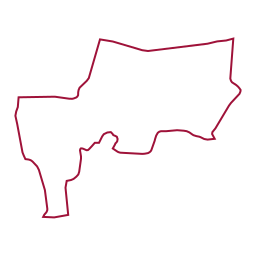 an SVG outline of Bangkok Metropolis
{"feature_id": "THA-416", "entity_name": "Bangkok Metropolis", "entity_type": "Province", "adm_level": 1, "iso_a3": "THA", "parent_name": "Thailand", "parent_adm1": "", "projection": "mercator", "projection_center": [100.599, 13.72], "detail": "fine", "context": "isolated", "style": "outline", "palette": "rose", "viewbox_px": 256, "rotation_deg": 0, "n_neighbors": 0, "source": "natural_earth", "source_scale": "10m", "svg_char_len": 1492}
<svg xmlns="http://www.w3.org/2000/svg" viewBox="0 0 256 256"><path d="M68.2,214.9L54.2,217.4L43.2,216.9L44.3,214.7L45.4,213.4L46.3,212.4L46.8,211.4L47.3,210.1L47.3,208.6L44.9,190.1L38.9,169.9L37.1,166.4L32.6,161.6L31.2,160.5L29.9,159.9L28.5,159.5L25.4,159.1L23.7,155.4L22.5,152.4L17.2,124.0L15.4,115.8L16.2,111.5L17.8,107.1L18.6,97.3L54.8,96.7L69.1,98.7L72.2,98.8L73.6,98.5L76.2,97.5L77.3,96.6L78.1,95.2L78.2,92.2L78.6,90.0L79.6,87.7L86.7,80.9L88.8,78.1L100.0,39.4L112.8,41.5L142.2,50.2L148.0,51.0L207.6,43.7L217.2,41.4L226.1,40.5L233.3,38.6L230.3,78.6L231.0,80.8L232.0,82.3L236.3,85.1L238.1,86.7L239.6,88.5L240.6,90.0L240.4,91.6L239.5,93.8L231.0,102.9L229.0,105.6L215.4,128.4L212.4,132.1L212.1,134.0L214.7,138.8L207.6,139.6L204.2,139.0L200.6,137.2L199.3,136.7L196.3,136.1L193.5,135.2L192.5,134.6L189.4,132.4L186.7,131.2L183.7,130.7L177.1,130.2L166.1,131.2L161.0,131.2L159.3,131.7L157.8,132.8L156.2,135.6L155.0,139.3L154.7,140.7L151.4,150.0L150.7,151.2L149.6,152.2L148.0,153.1L144.8,153.7L142.5,153.9L120.5,152.7L119.2,152.4L117.7,151.8L112.8,148.5L115.0,144.5L115.4,143.4L116.3,142.6L117.2,141.3L117.6,139.0L116.8,136.7L115.0,135.8L113.3,135.1L112.5,133.8L110.8,132.1L107.3,132.5L103.8,134.2L102.2,136.4L99.0,142.8L94.8,142.8L92.1,145.9L89.1,149.1L87.9,150.1L86.5,150.2L83.1,148.7L81.9,148.4L80.9,148.4L80.3,149.1L80.0,150.3L81.0,156.4L81.0,158.8L79.2,171.7L78.3,174.5L76.3,176.7L73.6,178.9L71.1,180.0L66.7,180.9L65.5,187.7L68.2,214.9Z" fill="none" stroke="#9f1239" stroke-width="2"/></svg>